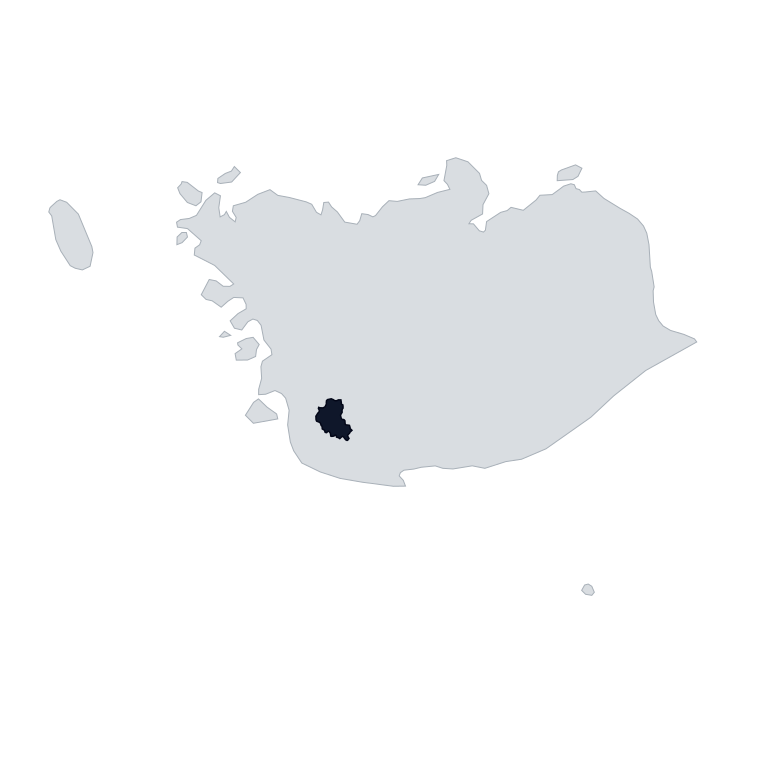 Miryang-si, South Gyeongsang, South Korea (highlighted), rotated 84°
{"feature_id": "91817680B88513858108060", "entity_name": "Miryang-si", "entity_type": "district", "adm_level": 2, "iso_a3": "KOR", "parent_name": "South Korea", "parent_adm1": "South Gyeongsang", "projection": "mercator", "projection_center": [128.832, 35.493], "detail": "fine", "context": "in_parent", "style": "filled", "palette": "ink", "viewbox_px": 768, "rotation_deg": 84, "n_neighbors": 0, "source": "geoboundaries", "source_scale": "gbopen_adm2", "svg_char_len": 4534}
<svg xmlns="http://www.w3.org/2000/svg" viewBox="0 0 768 768"><g transform="rotate(84 384 384)"><path d="M211.0,169.4L213.9,167.2L214.1,163.9L214.1,153.3L222.4,145.9L234.1,130.7L239.9,122.4L246.4,114.6L254.0,109.4L261.5,106.9L273.2,105.9L295.7,106.9L300.1,106.0L315.7,105.2L319.4,106.6L330.7,107.4L343.3,106.5L349.7,104.2L355.5,100.4L360.7,93.4L366.0,80.6L371.6,70.5L374.9,68.6L397.9,122.3L419.9,156.9L438.7,181.8L465.4,229.7L473.2,255.1L473.9,270.9L478.4,292.5L474.6,304.8L475.7,324.3L474.0,334.3L470.8,341.6L470.7,355.7L471.7,363.2L471.8,373.2L473.9,377.0L477.0,378.5L481.8,374.9L487.8,373.3L486.7,385.3L479.5,415.5L473.3,437.5L464.8,456.6L454.0,474.0L441.0,480.8L431.9,483.2L414.6,484.1L400.2,481.1L387.8,483.3L382.8,486.9L379.1,493.1L381.8,502.7L381.5,509.8L376.2,509.2L365.6,505.1L354.0,504.6L348.6,502.5L343.1,492.4L337.5,492.7L327.7,498.8L312.8,500.1L307.6,503.3L305.7,507.6L307.9,512.9L315.4,519.8L312.9,526.9L305.1,530.4L298.7,521.8L294.8,513.2L290.4,512.8L283.6,515.2L282.2,524.4L285.4,530.6L290.6,537.9L283.3,546.2L281.3,552.1L276.1,556.4L261.8,546.9L263.9,540.2L270.0,533.7L270.8,527.0L268.8,523.0L248.4,540.0L235.9,559.2L229.1,557.8L226.3,552.8L222.4,550.8L208.9,563.2L206.4,573.0L201.4,573.4L199.2,569.2L199.0,560.4L196.7,552.9L182.7,541.9L176.2,532.4L179.7,527.0L191.4,529.9L200.7,529.5L198.9,525.0L195.9,522.8L202.1,520.3L207.2,515.1L202.9,513.6L196.4,516.7L191.0,515.2L188.8,502.6L182.2,489.7L178.8,477.1L185.3,469.9L188.6,458.7L194.7,442.4L197.7,437.1L206.2,433.2L209.2,429.0L204.5,426.9L197.2,424.9L197.3,420.2L202.4,417.6L208.0,412.4L218.9,406.1L222.3,394.1L219.1,391.1L212.3,388.3L213.8,382.2L216.6,377.6L215.6,374.8L207.6,367.0L202.2,359.9L203.8,351.7L202.6,339.4L203.3,329.1L203.0,323.5L199.1,310.8L197.3,298.1L192.1,300.0L188.0,303.1L173.1,298.7L168.4,298.4L166.5,288.9L171.8,277.3L184.5,267.0L191.7,265.7L197.2,261.2L205.7,259.8L216.0,266.8L225.2,268.2L230.3,280.2L233.5,282.8L234.1,278.3L241.6,273.2L243.3,269.2L241.7,267.1L233.2,265.0L225.5,250.0L224.4,243.4L221.6,239.2L225.8,227.3L216.9,213.5L212.6,209.2L213.2,196.9L208.6,189.0L206.0,184.7L204.4,177.2L205.7,173.9L209.8,172.6L211.0,169.4ZM182.1,696.9L177.9,699.4L174.0,697.9L172.9,696.7L168.2,690.3L166.9,687.0L170.1,680.6L183.1,670.2L216.8,660.2L222.9,659.7L236.2,664.0L239.0,672.1L236.6,679.0L233.5,683.7L218.1,691.5L206.1,695.3L182.1,696.9ZM409.4,518.0L400.6,525.1L388.6,515.6L385.7,510.4L394.8,502.7L402.6,493.9L407.6,493.3L409.4,518.0ZM345.9,517.2L344.8,528.4L338.2,528.9L334.2,521.7L330.0,525.2L327.7,525.3L324.4,516.3L323.9,509.3L331.7,504.0L336.4,507.2L343.2,508.8L345.9,517.2ZM173.4,567.0L167.3,568.7L163.9,564.8L161.6,563.7L162.9,558.6L172.7,548.4L174.6,544.9L183.7,547.0L187.1,552.4L182.9,560.6L173.4,567.0ZM200.4,174.8L199.9,190.5L194.7,189.8L191.2,188.3L189.7,185.2L186.1,170.6L190.1,164.6L197.8,169.4L200.4,174.8ZM167.5,525.7L166.3,528.5L162.2,527.7L158.0,519.8L156.3,513.5L152.1,510.1L158.7,504.7L167.2,514.4L167.5,525.7ZM190.7,321.7L189.4,329.3L183.1,324.3L181.3,307.7L187.8,312.5L190.7,321.7ZM614.2,205.5L609.9,209.0L604.9,205.5L604.3,201.8L606.9,198.5L613.1,196.6L615.9,199.4L614.2,205.5ZM222.3,570.0L223.8,575.4L216.2,574.4L212.2,569.2L212.7,564.7L217.3,564.1L222.3,570.0ZM320.7,539.0L319.7,542.6L314.9,537.2L319.6,531.4L320.7,539.0Z" fill="#d9dde1" stroke="#a8b0b8" stroke-width="1"/><path d="M434.6,424.5L433.0,425.1L432.2,425.6L431.1,425.4L430.3,424.6L429.3,423.4L428.3,422.8L427.6,421.8L426.7,420.7L425.6,421.6L425.1,422.3L423.6,422.3L421.5,422.7L421.0,424.4L420.9,425.7L419.9,426.8L418.4,426.8L416.5,426.7L415.5,427.3L415.0,428.2L415.0,429.2L414.3,429.8L412.8,430.3L410.3,430.5L407.8,428.6L405.8,428.5L404.5,428.0L403.8,427.3L402.2,427.1L400.5,427.1L399.6,428.5L397.9,428.4L395.3,428.5L395.0,431.1L395.6,432.5L395.6,433.9L395.3,434.9L394.3,436.0L393.2,438.0L393.6,441.8L394.5,442.9L396.3,443.3L397.9,443.4L400.5,445.0L401.4,447.1L401.0,450.0L400.4,451.4L401.6,451.8L403.2,451.1L404.7,451.3L406.1,452.9L407.7,454.1L408.9,455.1L410.9,455.2L412.0,455.3L412.5,455.3L413.9,454.9L415.6,451.7L417.2,451.1L418.8,450.8L419.6,450.0L422.2,450.1L422.9,449.2L423.9,447.9L425.7,447.7L426.0,447.4L426.4,446.4L426.2,445.8L425.5,445.3L425.1,444.2L425.8,443.4L426.7,442.8L427.5,442.5L428.3,442.4L430.2,442.4L430.5,441.9L430.6,441.1L430.6,440.1L430.5,439.1L430.0,438.5L429.7,437.9L429.9,437.2L430.6,436.9L431.8,436.8L432.1,436.3L432.5,435.1L433.7,433.7L433.5,433.4L432.9,432.7L431.7,431.0L432.4,429.7L433.1,429.4L434.9,428.3L435.5,427.9L436.2,426.8L436.2,426.1L435.0,425.0L434.6,424.5Z" fill="#0f172a" stroke="#020617" stroke-width="1.5"/></g></svg>